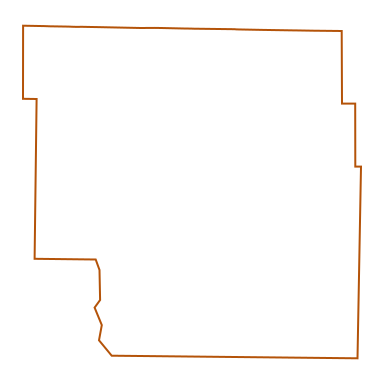 outline of Nodaway, Missouri, United States of America
{"feature_id": "52423323B34301211458576", "entity_name": "Nodaway", "entity_type": "district", "adm_level": 2, "iso_a3": "USA", "parent_name": "United States of America", "parent_adm1": "Missouri", "projection": "albers", "projection_center": [-94.942, 40.352], "detail": "fine", "context": "isolated", "style": "outline", "palette": "amber", "viewbox_px": 384, "rotation_deg": 0, "n_neighbors": 0, "source": "geoboundaries", "source_scale": "gbopen_adm2", "svg_char_len": 573}
<svg xmlns="http://www.w3.org/2000/svg" viewBox="0 0 384 384"><path d="M341.7,31.0L313.4,30.7L295.4,30.4L294.4,30.4L262.4,29.9L241.6,29.5L236.7,29.4L234.6,29.2L193.8,28.7L191.2,28.6L183.7,28.5L161.2,28.0L154.8,27.9L140.8,28.0L97.6,27.1L91.6,27.0L81.6,26.8L76.2,26.9L74.5,26.8L74.3,26.8L73.4,26.8L68.6,26.6L49.8,26.3L44.5,26.1L23.1,25.7L23.0,98.8L36.6,99.0L34.6,258.8L95.7,259.5L99.5,270.0L100.1,300.0L94.6,307.6L101.8,325.1L99.0,340.3L111.7,355.7L357.5,358.3L361.0,166.6L355.3,166.6L355.2,103.6L342.0,103.6L341.7,31.0Z" fill="none" stroke="#b45309" stroke-width="2"/></svg>